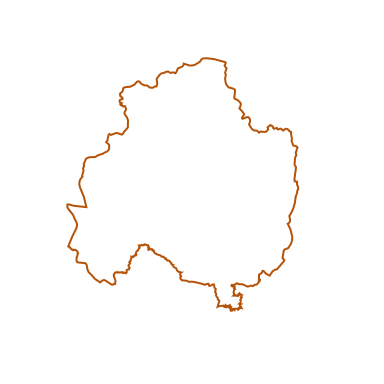 Na Duang, Loei, Thailand, rotated 34°
{"feature_id": "78962969B28379819304677", "entity_name": "Na Duang", "entity_type": "district", "adm_level": 2, "iso_a3": "THA", "parent_name": "Thailand", "parent_adm1": "Loei", "projection": "albers", "projection_center": [102.034, 17.538], "detail": "fine", "context": "isolated", "style": "outline", "palette": "amber", "viewbox_px": 384, "rotation_deg": 34, "n_neighbors": 0, "source": "geoboundaries", "source_scale": "gbopen_adm2", "svg_char_len": 5993}
<svg xmlns="http://www.w3.org/2000/svg" viewBox="0 0 384 384"><g transform="rotate(34 192 192)"><path d="M179.7,311.1L178.0,308.2L174.2,305.4L173.3,304.1L173.3,302.1L173.7,301.1L175.1,300.7L175.2,300.1L176.2,299.5L177.4,299.2L177.8,298.4L179.0,297.5L179.5,297.3L180.0,297.8L181.1,296.5L182.6,296.5L182.7,296.1L182.8,295.1L181.5,293.3L182.4,291.6L183.0,291.4L182.6,290.5L182.7,289.8L180.4,288.5L180.6,285.7L179.2,285.2L179.6,283.2L179.0,282.4L178.5,280.0L178.0,279.6L178.9,279.3L178.7,279.0L179.1,278.4L179.7,278.4L180.0,276.3L180.9,276.1L181.0,275.0L180.1,274.7L179.5,273.8L179.3,272.4L179.7,271.4L179.5,270.8L179.9,270.2L179.4,268.5L179.8,267.6L178.2,266.3L178.9,266.1L178.5,265.4L179.6,264.6L179.7,264.1L181.1,263.8L181.3,263.3L181.8,263.1L181.8,262.1L182.2,261.7L184.3,261.5L185.0,260.7L185.7,260.8L186.1,261.4L186.8,261.7L186.7,262.2L187.1,262.3L186.9,262.6L188.1,264.3L188.7,264.0L189.5,262.2L191.6,262.2L191.6,261.8L192.3,261.9L192.4,262.6L193.5,262.2L194.3,263.1L196.2,263.6L196.9,263.2L197.8,263.3L201.5,262.2L203.2,262.6L204.5,261.6L206.3,262.0L207.2,261.7L207.5,262.4L208.8,262.1L209.7,262.7L210.5,262.0L212.5,261.8L213.3,262.5L214.7,262.4L215.4,263.3L216.8,263.4L217.4,263.0L217.6,263.6L218.5,264.4L221.6,264.1L223.5,265.5L225.7,265.7L226.6,265.1L227.2,265.4L228.0,264.9L227.6,265.9L228.4,267.3L230.2,267.9L230.1,269.6L231.5,270.6L233.0,270.8L237.4,268.5L239.3,268.3L242.6,266.1L245.5,264.8L253.0,262.0L254.4,262.0L255.4,260.3L256.7,259.0L257.1,258.9L258.3,260.1L259.1,260.0L260.0,259.0L260.9,257.0L262.0,256.4L264.1,258.8L266.1,259.2L266.4,260.7L267.2,261.6L267.2,262.1L268.7,262.8L269.6,263.7L269.7,264.2L270.7,264.9L272.6,265.4L273.3,266.5L275.5,266.9L277.4,272.8L278.0,271.7L281.4,269.0L281.6,268.5L282.6,268.4L282.9,269.1L284.3,268.6L283.9,268.2L284.7,267.9L283.6,267.7L283.3,267.1L284.4,267.3L286.2,265.8L286.6,264.6L287.8,265.3L287.5,265.9L287.6,266.3L288.6,265.8L288.5,266.8L289.1,267.6L290.1,268.3L290.6,268.1L290.7,268.6L291.3,268.3L291.5,268.1L291.2,267.5L291.7,267.0L290.8,266.3L292.0,265.8L293.1,266.0L292.6,265.1L294.7,263.4L296.0,263.9L296.5,262.1L295.8,262.3L295.8,261.6L297.1,261.2L297.3,260.5L297.9,260.4L297.0,259.8L296.4,260.0L295.4,259.6L295.3,258.7L294.8,258.3L295.1,257.7L293.7,258.3L294.0,256.4L293.5,255.1L292.4,254.5L292.2,251.6L291.4,251.8L291.4,251.0L290.5,249.9L290.7,249.5L288.4,249.8L288.0,249.5L287.8,250.2L288.6,250.2L287.9,251.3L288.4,251.6L288.0,252.1L288.2,252.5L287.4,253.0L286.1,253.0L285.3,253.6L285.5,254.0L284.5,254.6L284.9,253.4L284.3,253.0L283.9,253.5L283.0,252.0L282.4,251.7L281.8,250.0L281.8,249.1L281.1,248.7L281.6,248.3L280.9,248.0L280.7,247.0L280.2,247.0L279.6,246.3L279.4,246.9L278.9,246.8L278.9,247.4L278.4,247.7L277.9,247.5L277.3,247.7L276.9,246.9L278.2,246.1L279.6,244.2L280.2,242.6L282.8,242.0L285.4,240.3L291.1,239.3L293.3,236.6L295.1,236.0L295.6,234.2L297.2,232.8L297.7,231.2L297.8,227.6L297.5,227.0L296.8,227.8L293.8,223.0L295.1,220.1L294.6,218.0L295.4,217.4L299.2,218.4L303.1,217.9L303.2,212.9L304.0,210.2L305.6,208.8L306.9,198.0L306.6,196.8L304.1,196.2L300.8,189.3L301.0,187.6L302.8,185.3L303.2,184.1L303.0,179.5L302.1,176.4L300.3,173.2L296.1,169.4L294.3,167.8L289.1,164.8L289.7,163.4L289.7,161.6L289.0,160.4L286.1,157.4L285.8,152.3L284.9,148.1L283.4,143.6L280.5,137.7L279.7,134.1L278.6,132.1L278.5,130.4L276.9,128.4L274.7,126.9L273.4,124.7L271.2,125.7L269.6,123.8L264.4,113.3L261.8,112.1L260.3,109.5L258.1,105.4L257.9,103.0L256.4,101.9L255.8,100.9L255.7,99.5L255.2,98.7L254.5,96.0L253.1,95.8L249.8,96.8L245.8,93.7L245.1,92.0L242.0,88.9L240.6,86.8L238.7,87.1L237.7,86.6L235.8,86.5L234.3,87.2L233.6,88.7L233.6,89.6L232.9,90.2L230.7,89.8L229.7,90.1L228.5,92.0L227.4,92.0L226.5,91.5L224.5,93.8L223.7,93.6L222.5,92.5L219.5,92.7L218.5,96.1L220.1,97.3L219.9,100.2L219.3,101.0L217.0,102.6L215.1,103.4L214.4,105.3L211.7,104.8L208.7,106.4L206.7,106.3L204.2,105.4L201.5,104.0L200.8,101.3L199.8,99.7L197.8,98.5L196.9,98.5L195.3,99.6L193.2,102.9L192.5,103.1L191.9,102.6L191.9,99.2L191.7,98.3L188.6,97.1L184.6,96.2L184.0,93.1L183.2,91.7L182.1,90.9L178.2,90.2L175.6,90.8L174.6,90.6L170.8,83.5L170.0,83.2L168.2,83.3L163.8,84.8L161.0,84.0L159.1,82.9L156.0,79.5L154.5,75.8L153.2,75.1L152.6,74.2L151.6,70.3L148.3,69.0L148.0,66.7L147.6,65.9L147.1,65.7L136.2,69.4L130.3,72.4L126.5,75.0L125.7,76.6L125.7,79.7L123.4,84.7L122.0,86.5L119.3,88.5L113.4,90.2L114.0,91.3L113.9,92.9L113.3,94.4L111.2,97.4L111.9,100.9L111.9,102.8L109.5,103.3L107.6,105.3L104.8,105.5L103.0,107.2L102.2,108.9L100.5,110.5L99.7,112.5L99.4,117.4L99.7,118.4L102.3,121.1L103.6,124.2L101.9,125.7L101.4,127.2L100.6,128.0L98.1,129.1L97.1,128.8L94.9,128.9L93.0,130.2L90.2,130.6L88.5,130.5L87.0,129.8L85.6,130.2L84.7,131.4L84.2,135.3L81.7,139.5L78.5,142.0L77.1,143.9L77.1,144.6L78.2,147.6L77.3,150.8L78.5,151.8L78.6,152.4L81.8,152.9L82.4,153.6L82.3,154.1L81.0,155.4L80.8,156.5L81.0,157.1L82.0,157.9L83.9,157.6L83.3,159.0L83.6,159.6L84.5,159.8L85.3,159.1L86.2,159.7L87.0,159.7L87.5,158.8L88.3,158.3L90.7,159.8L91.4,161.4L91.4,163.3L92.2,164.8L96.4,166.6L98.8,168.3L102.7,174.3L102.4,178.3L102.0,179.2L102.1,182.8L101.7,183.7L97.7,184.7L96.1,185.5L93.1,189.8L92.7,190.1L91.2,190.0L90.8,191.2L93.1,196.7L93.0,198.7L96.6,199.1L98.2,200.8L99.3,203.2L99.3,204.2L98.9,206.1L97.3,208.5L96.9,209.8L93.2,214.6L92.3,217.1L87.5,220.5L86.0,222.6L85.5,224.4L85.9,225.0L86.6,229.4L87.5,230.1L88.2,231.3L88.4,233.2L89.9,234.6L91.8,239.9L92.6,240.4L92.3,244.2L93.2,246.9L94.3,248.7L96.7,250.9L105.1,256.5L112.9,263.6L101.8,269.5L96.5,271.3L95.8,271.9L95.8,272.5L97.3,274.4L100.0,275.6L106.3,277.5L109.6,279.8L113.5,281.9L115.1,283.6L116.3,286.1L117.7,296.1L119.8,306.2L120.3,306.1L121.0,306.5L121.9,306.1L123.4,306.8L125.1,306.8L125.7,306.3L126.0,306.6L127.5,305.2L130.0,305.3L131.8,306.4L131.7,307.3L132.6,308.8L132.9,310.7L134.5,313.3L135.8,314.3L137.0,314.1L142.5,311.1L144.0,310.7L145.5,311.4L148.5,314.6L151.2,316.3L155.0,316.9L160.1,318.3L166.5,318.3L167.0,315.8L168.3,314.1L169.9,313.8L177.1,313.7L178.2,313.2L178.8,311.6L179.7,311.1Z" fill="none" stroke="#b45309" stroke-width="2"/></g></svg>